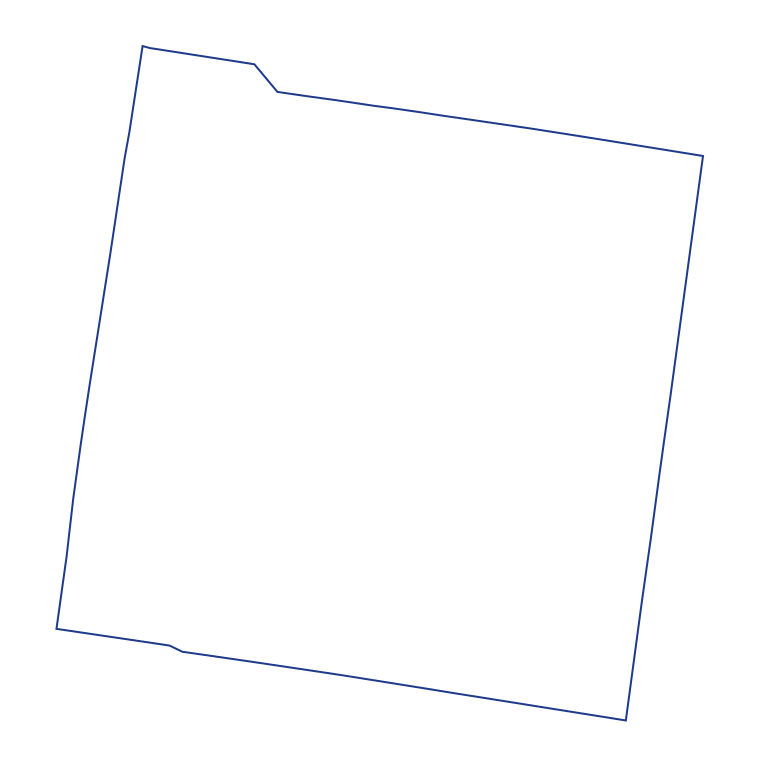 outline of Marion, Indiana, United States of America, rotated 279°
{"feature_id": "52423323B96671648838134", "entity_name": "Marion", "entity_type": "district", "adm_level": 2, "iso_a3": "USA", "parent_name": "United States of America", "parent_adm1": "Indiana", "projection": "albers", "projection_center": [-86.121, 39.78], "detail": "fine", "context": "isolated", "style": "outline", "palette": "blue", "viewbox_px": 768, "rotation_deg": 279, "n_neighbors": 0, "source": "geoboundaries", "source_scale": "gbopen_adm2", "svg_char_len": 591}
<svg xmlns="http://www.w3.org/2000/svg" viewBox="0 0 768 768"><g transform="rotate(279 384 384)"><path d="M89.5,675.5L205.9,672.8L228.4,672.4L273.4,671.7L337.0,670.2L373.5,669.5L416.9,668.8L659.1,663.4L659.4,547.2L659.3,489.4L658.2,399.4L658.1,378.2L657.7,349.1L657.2,330.6L656.8,291.1L656.2,262.0L655.8,233.1L679.5,206.0L679.4,171.7L679.2,100.5L680.0,92.7L592.9,93.1L566.4,92.5L469.9,93.3L335.3,93.4L306.5,93.6L278.0,93.9L222.1,95.0L163.4,97.5L90.9,98.8L92.1,213.1L88.0,226.7L89.0,299.4L89.8,386.0L89.7,483.3L89.6,502.9L89.5,675.5Z" fill="none" stroke="#1e3a8a" stroke-width="2"/></g></svg>